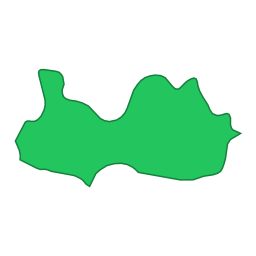 an SVG outline of Bắc Giang
{"feature_id": "VNM-470", "entity_name": "Bắc Giang", "entity_type": "Province", "adm_level": 1, "iso_a3": "VNM", "parent_name": "Vietnam", "parent_adm1": "", "projection": "natural_earth1", "projection_center": [106.489, 21.384], "detail": "fine", "context": "isolated", "style": "filled", "palette": "green", "viewbox_px": 256, "rotation_deg": 0, "n_neighbors": 0, "source": "natural_earth", "source_scale": "10m", "svg_char_len": 1325}
<svg xmlns="http://www.w3.org/2000/svg" viewBox="0 0 256 256"><path d="M240.6,133.4L230.7,139.3L229.3,141.1L227.5,144.1L225.4,158.8L224.0,163.8L222.4,168.2L220.6,171.3L217.6,173.3L212.9,174.8L203.7,176.2L193.2,179.8L180.4,179.9L138.4,172.4L135.2,169.2L132.1,166.9L127.0,164.4L121.0,163.3L114.0,163.7L106.9,165.6L100.3,169.7L95.8,173.7L89.6,186.4L86.2,184.2L82.7,180.1L80.3,178.4L75.7,176.1L73.1,175.3L51.2,171.3L47.6,169.8L45.0,169.3L40.1,169.4L36.6,168.1L20.1,159.8L20.3,155.5L19.3,150.2L15.4,141.0L25.3,122.1L27.1,121.1L29.1,121.0L31.4,121.4L34.7,121.3L37.9,119.6L41.1,116.2L44.2,109.8L45.2,105.0L45.1,100.1L38.9,75.3L38.6,72.6L39.2,70.7L40.9,69.7L44.1,69.6L56.0,71.3L59.3,72.4L61.5,74.8L62.7,76.7L64.0,84.2L62.1,90.1L62.4,93.5L63.5,96.7L66.0,98.8L69.7,100.2L76.1,101.1L82.2,102.9L88.4,106.0L100.4,118.6L104.5,120.7L109.4,121.6L116.7,120.0L121.5,116.9L125.0,112.8L127.4,107.8L133.7,90.2L137.3,84.8L141.0,80.5L145.2,77.6L150.1,75.9L155.1,75.1L160.6,75.6L165.2,77.7L172.4,86.3L175.1,88.8L178.1,89.2L180.2,87.9L184.7,83.3L187.4,81.0L190.6,79.1L193.9,78.0L196.1,78.9L197.3,82.0L197.9,85.9L199.7,91.2L202.7,96.8L207.9,105.0L209.9,109.9L212.4,113.6L216.8,115.5L220.9,115.2L224.5,114.0L227.1,113.5L229.1,114.4L230.5,118.0L230.5,125.0L231.4,127.8L232.5,129.7L240.6,133.4Z" fill="#22c55e" stroke="#15803d" stroke-width="1.5"/></svg>